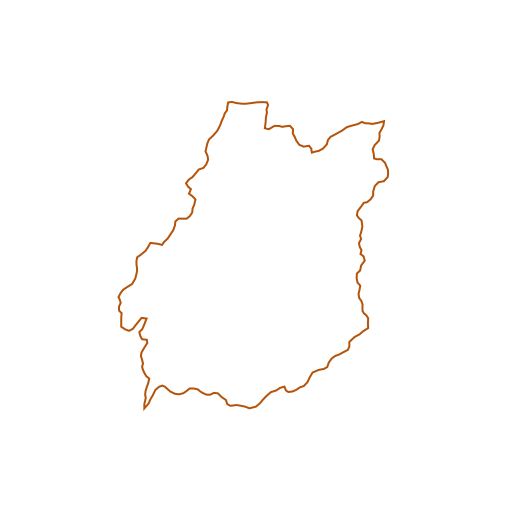 Itaúna, Minas Gerais, Brazil (Equal Earth projection), rotated 227°
{"feature_id": "56859067B71010980379749", "entity_name": "Itaúna", "entity_type": "district", "adm_level": 2, "iso_a3": "BRA", "parent_name": "Brazil", "parent_adm1": "Minas Gerais", "projection": "equal_earth", "projection_center": [-44.581, -20.081], "detail": "fine", "context": "isolated", "style": "outline", "palette": "amber", "viewbox_px": 512, "rotation_deg": 227, "n_neighbors": 0, "source": "geoboundaries", "source_scale": "gbopen_adm2", "svg_char_len": 3340}
<svg xmlns="http://www.w3.org/2000/svg" viewBox="0 0 512 512"><g transform="rotate(227 256 256)"><path d="M267.3,441.6L270.5,435.5L273.3,431.1L275.7,429.3L278.5,426.5L281.9,424.8L283.0,420.6L285.0,416.8L287.0,413.1L288.4,409.8L288.9,405.2L289.8,401.3L290.9,396.9L292.3,391.9L291.8,387.8L289.3,383.8L288.9,378.2L290.1,373.5L291.9,370.6L293.5,367.4L296.8,369.6L300.4,370.0L303.5,365.4L307.9,363.5L312.7,364.1L316.8,365.6L320.4,366.4L323.5,369.6L328.1,369.6L330.2,366.8L332.6,363.3L335.6,361.4L338.6,358.1L340.0,351.8L343.4,349.6L347.2,354.2L350.7,357.9L353.4,361.8L356.0,363.6L358.2,367.8L360.9,368.8L364.2,365.6L367.9,361.3L370.6,357.5L372.6,354.7L374.6,352.0L377.4,349.2L381.3,345.9L385.1,343.5L387.3,340.3L384.5,336.6L382.3,334.2L381.6,330.4L379.9,327.3L378.4,323.5L376.0,318.8L373.9,312.8L373.3,306.8L373.3,301.1L371.5,297.2L369.5,294.2L366.9,290.4L362.4,288.9L359.1,286.7L356.9,282.0L356.3,277.6L358.3,273.1L357.5,267.3L357.0,263.4L357.7,259.0L356.9,254.4L352.9,253.6L349.3,254.0L347.3,249.5L342.9,250.3L338.7,250.3L335.5,245.6L334.0,242.0L331.3,239.0L330.3,234.7L330.6,230.7L333.7,227.4L336.1,225.0L336.3,220.7L333.6,217.5L331.4,213.3L330.3,208.8L329.0,203.3L329.0,198.5L328.2,194.8L331.9,192.5L335.0,189.9L337.6,187.7L336.4,183.9L335.1,178.7L335.5,172.8L336.1,168.3L334.0,165.3L331.3,162.8L328.7,161.0L326.3,159.0L324.2,156.0L321.8,152.3L320.0,146.3L321.2,140.4L321.9,136.0L321.3,131.8L319.7,127.4L317.0,126.6L314.0,125.1L312.4,121.2L309.4,118.6L305.8,118.7L302.8,115.4L299.5,112.3L296.2,109.2L291.5,110.3L287.9,112.1L286.7,116.3L287.5,120.6L288.2,126.0L288.8,130.1L284.9,133.3L282.2,127.8L280.1,123.0L279.9,118.7L276.3,116.8L272.8,115.9L269.2,119.0L266.5,117.2L265.1,111.7L263.5,106.4L261.3,103.6L258.0,102.0L254.5,100.1L252.6,97.1L249.9,95.7L246.2,94.5L243.1,93.8L239.1,94.3L236.4,90.2L234.4,86.3L232.4,82.9L230.1,80.3L227.3,78.5L223.9,73.4L220.7,70.4L221.4,76.9L223.3,81.3L224.6,85.8L226.7,91.1L226.4,96.1L224.9,99.3L222.2,100.3L219.2,100.5L215.3,100.9L210.6,102.7L207.3,105.4L205.2,109.3L204.6,113.1L204.4,117.1L201.2,120.4L198.1,122.5L195.0,122.8L191.4,123.9L188.4,125.2L185.7,128.1L184.6,131.9L181.5,134.5L176.6,134.6L171.2,135.8L167.5,134.0L164.0,135.0L160.2,140.2L156.0,143.4L152.9,145.5L149.1,147.3L145.9,153.2L145.6,158.6L146.2,162.9L146.5,168.5L146.3,174.0L143.8,179.3L143.2,183.5L141.1,187.7L137.2,186.2L134.5,186.9L132.0,190.3L130.7,194.0L130.0,198.5L128.3,202.3L128.6,207.4L130.7,212.8L132.2,217.9L130.0,224.0L127.1,228.7L126.2,232.3L128.5,236.7L129.4,241.6L128.9,245.8L127.4,249.2L126.2,253.7L124.7,259.2L126.2,262.6L129.5,265.6L129.5,273.0L128.1,278.2L127.9,283.0L126.8,288.9L130.6,292.1L134.0,295.6L137.4,296.2L140.4,295.8L143.1,296.4L145.4,298.4L147.9,300.9L151.0,302.3L155.1,302.9L158.5,305.3L160.7,308.7L163.2,312.0L167.3,312.1L171.3,314.6L174.4,317.9L174.4,322.3L177.3,326.3L178.5,332.4L182.4,334.4L186.2,333.8L188.3,337.1L191.9,338.1L195.2,340.1L196.8,344.6L199.9,345.9L202.0,349.6L205.0,353.9L210.0,357.4L213.7,357.1L216.9,357.5L219.5,360.9L220.5,366.8L221.4,371.1L219.6,373.9L219.3,378.3L220.2,382.8L223.2,385.6L226.2,390.7L226.4,395.9L223.5,400.5L223.9,406.1L226.2,408.9L229.1,411.3L232.2,412.4L236.3,413.9L241.3,413.7L244.2,410.5L246.8,408.9L250.3,411.7L254.5,414.1L256.2,418.5L256.5,424.6L259.0,427.8L261.8,430.2L263.1,434.3L264.6,438.2L267.3,441.6Z" fill="none" stroke="#b45309" stroke-width="2"/></g></svg>